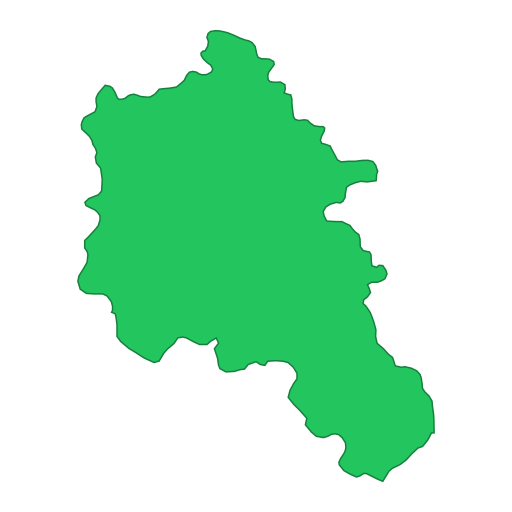 Vawkavysk, Grodno, Belarus
{"feature_id": "67162791B87198261111694", "entity_name": "Vawkavysk", "entity_type": "district", "adm_level": 2, "iso_a3": "BLR", "parent_name": "Belarus", "parent_adm1": "Grodno", "projection": "orthographic", "projection_center": [24.403, 53.18], "detail": "fine", "context": "isolated", "style": "filled", "palette": "green", "viewbox_px": 512, "rotation_deg": 0, "n_neighbors": 0, "source": "geoboundaries", "source_scale": "gbopen_adm2", "svg_char_len": 3944}
<svg xmlns="http://www.w3.org/2000/svg" viewBox="0 0 512 512"><path d="M376.1,180.7L376.4,178.3L376.6,174.3L377.7,171.3L376.8,168.9L375.7,165.3L372.8,161.5L368.0,160.3L362.4,160.4L355.0,161.3L348.2,161.3L341.1,161.9L337.3,159.8L335.2,155.7L333.4,152.4L331.4,148.6L330.2,146.0L325.2,144.2L321.6,143.3L320.4,140.1L321.6,136.2L324.2,131.1L324.7,128.1L323.1,126.6L319.4,126.6L314.2,125.8L309.7,122.6L307.6,120.3L304.2,119.8L298.8,120.5L295.2,119.4L293.6,117.0L292.9,112.6L292.3,107.5L291.9,103.0L291.9,99.2L290.8,94.9L287.2,94.1L284.2,92.8L285.3,89.2L284.9,84.7L280.4,82.0L277.6,82.2L273.4,82.2L270.2,81.7L268.1,79.6L267.8,75.4L268.7,72.2L271.3,68.6L274.2,64.5L273.6,61.5L269.4,59.2L265.3,58.8L261.5,58.8L258.1,57.3L256.8,54.3L255.7,49.0L255.1,46.4L252.1,42.6L248.5,40.7L245.7,40.2L240.0,38.1L234.2,35.4L227.8,32.8L223.4,31.7L219.3,30.9L215.2,30.7L210.4,31.5L208.0,33.7L206.9,37.5L208.4,41.3L207.8,46.0L205.3,50.7L202.7,51.3L201.0,53.0L201.2,55.4L203.4,59.0L207.2,62.6L210.8,65.2L212.7,68.8L211.7,71.8L207.0,74.5L202.5,74.8L199.4,74.1L196.6,72.2L192.8,71.4L189.4,72.2L186.6,75.4L184.3,80.3L181.5,82.9L176.5,87.0L169.4,88.2L164.4,88.6L159.2,89.2L157.7,91.0L155.1,94.0L150.5,96.8L148.1,97.2L144.5,96.9L140.2,96.4L137.8,95.4L133.8,94.2L130.2,94.9L127.8,96.1L125.4,98.1L122.7,99.1L119.3,99.4L117.5,98.2L116.0,94.7L114.6,91.6L112.4,88.0L109.7,86.2L105.3,85.4L105.2,85.3L100.9,90.2L98.0,93.8L96.1,98.0L96.1,101.7L96.9,106.5L95.1,111.7L90.4,114.2L87.2,115.9L84.0,117.9L82.1,121.7L81.3,124.7L81.8,129.1L86.0,133.0L89.2,136.1L91.8,140.1L92.9,144.4L95.4,148.2L96.9,152.6L95.3,157.1L96.4,163.1L100.6,168.1L102.2,179.1L102.0,184.5L101.6,191.0L98.4,194.8L94.2,196.4L88.9,198.5L84.9,202.3L86.0,205.5L90.0,207.6L94.9,209.9L97.7,212.4L100.0,215.8L100.0,219.8L98.3,225.6L95.8,228.8L91.8,233.2L88.9,236.4L84.7,240.5L84.7,247.9L87.2,251.7L87.9,254.6L87.1,262.3L83.9,268.0L78.9,276.0L77.9,281.3L80.2,289.2L86.4,293.4L93.8,293.9L102.7,293.9L107.1,296.0L111.4,301.7L112.6,306.6L112.5,310.4L111.6,312.3L115.2,313.7L116.1,317.8L117.0,324.8L117.0,330.8L117.0,336.4L120.7,341.5L129.0,348.5L136.0,352.7L143.8,357.8L154.0,362.5L159.1,361.1L163.8,353.2L167.5,349.0L174.0,343.5L177.8,337.9L182.9,337.0L186.6,338.0L193.5,341.7L199.5,344.5L204.6,344.5L207.0,344.5L210.7,341.2L216.2,338.0L218.6,343.1L214.4,348.7L217.6,358.4L218.5,364.9L219.9,368.6L226.0,371.9L234.3,371.4L240.3,369.6L244.5,369.1L248.2,364.5L256.1,361.7L260.3,364.5L264.9,365.4L267.7,361.2L275.6,360.7L283.0,361.2L288.1,362.6L293.3,367.2L297.0,373.3L297.0,378.8L293.7,383.5L290.0,390.4L288.2,397.4L293.8,404.4L300.3,410.9L306.8,418.3L305.4,424.8L311.3,432.0L316.4,436.3L323.6,437.6L327.8,436.3L331.3,434.4L334.9,433.8L338.7,434.6L342.3,437.8L345.4,442.7L345.9,447.1L345.4,450.2L344.1,453.2L340.6,458.6L338.9,462.2L339.3,464.9L343.9,470.6L350.2,474.2L356.5,477.0L359.9,475.9L363.9,473.4L366.6,473.6L371.6,476.2L378.6,479.6L382.8,481.3L389.0,471.2L392.5,468.2L400.0,464.6L406.0,460.1L411.5,454.1L418.0,448.0L422.5,446.5L427.4,440.5L428.9,438.0L431.4,433.0L434.1,432.9L433.9,420.4L433.6,414.4L432.6,407.6L432.0,401.1L429.0,396.0L424.8,391.9L422.5,388.3L422.1,383.9L421.2,377.9L420.0,374.4L416.7,370.8L411.4,368.2L404.8,366.7L401.6,367.3L395.3,365.9L394.4,363.2L392.6,357.5L388.5,354.3L383.4,348.7L377.1,343.3L375.6,336.5L375.9,329.7L373.8,322.0L372.3,317.8L370.2,312.5L368.1,309.3L365.8,306.0L363.1,303.6L363.7,299.8L367.5,296.8L370.5,292.6L369.3,288.8L367.5,284.6L371.6,282.3L377.6,282.2L381.7,280.7L385.0,278.7L387.0,273.9L385.8,270.1L382.8,265.6L379.0,265.3L376.6,267.4L371.9,265.7L371.3,261.5L371.0,254.7L369.5,252.0L367.1,251.5L363.2,250.6L360.3,246.7L360.0,239.0L358.8,234.6L355.5,232.2L352.5,229.0L349.9,225.4L345.4,223.4L341.9,221.6L336.2,221.6L326.8,221.1L324.1,216.0L323.2,211.6L325.9,206.9L330.3,204.2L336.2,202.4L340.3,203.0L343.0,201.2L345.1,197.4L345.4,193.5L346.5,187.3L349.8,184.9L355.1,182.8L360.7,181.3L367.2,181.9L376.0,180.7L376.1,180.7Z" fill="#22c55e" stroke="#15803d" stroke-width="1.5"/></svg>